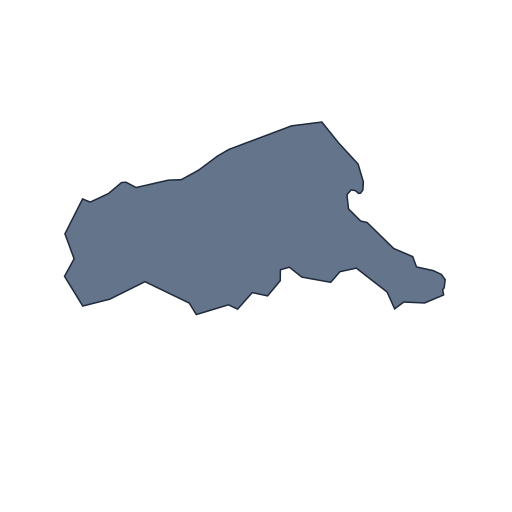 Northumberland, Virginia, United States of America, rotated 308°
{"feature_id": "52423323B72181240507499", "entity_name": "Northumberland", "entity_type": "district", "adm_level": 2, "iso_a3": "USA", "parent_name": "United States of America", "parent_adm1": "Virginia", "projection": "equal_earth", "projection_center": [-76.396, 37.858], "detail": "fine", "context": "isolated", "style": "filled", "palette": "slate", "viewbox_px": 512, "rotation_deg": 308, "n_neighbors": 0, "source": "geoboundaries", "source_scale": "gbopen_adm2", "svg_char_len": 864}
<svg xmlns="http://www.w3.org/2000/svg" viewBox="0 0 512 512"><g transform="rotate(308 256 256)"><path d="M202.8,274.2L224.9,275.6L231.7,289.7L251.5,290.3L260.2,283.7L267.7,289.2L267.6,305.2L281.3,331.1L295.3,331.8L308.2,342.5L308.3,381.5L299.7,397.8L310.7,400.8L322.8,417.8L340.8,427.8L344.5,423.8L346.7,423.9L353.8,419.7L355.6,413.5L353.6,404.6L346.2,389.2L352.0,379.9L346.7,359.9L350.8,322.9L348.0,316.9L350.1,299.9L360.3,289.9L366.7,290.3L368.8,294.4L368.4,298.2L369.9,299.7L373.8,299.6L380.5,295.0L391.3,279.8L395.9,251.8L402.1,225.4L380.5,203.9L323.3,169.0L311.3,164.2L288.3,157.9L270.1,150.1L261.8,140.2L236.1,119.3L234.1,108.1L231.1,104.8L214.5,101.3L196.4,92.2L194.2,84.2L155.8,91.8L141.8,114.4L122.1,117.6L109.9,150.3L132.0,167.4L167.4,184.3L177.8,232.4L173.1,245.0L200.5,264.3L202.8,274.2Z" fill="#64748b" stroke="#1e293b" stroke-width="1.5"/></g></svg>